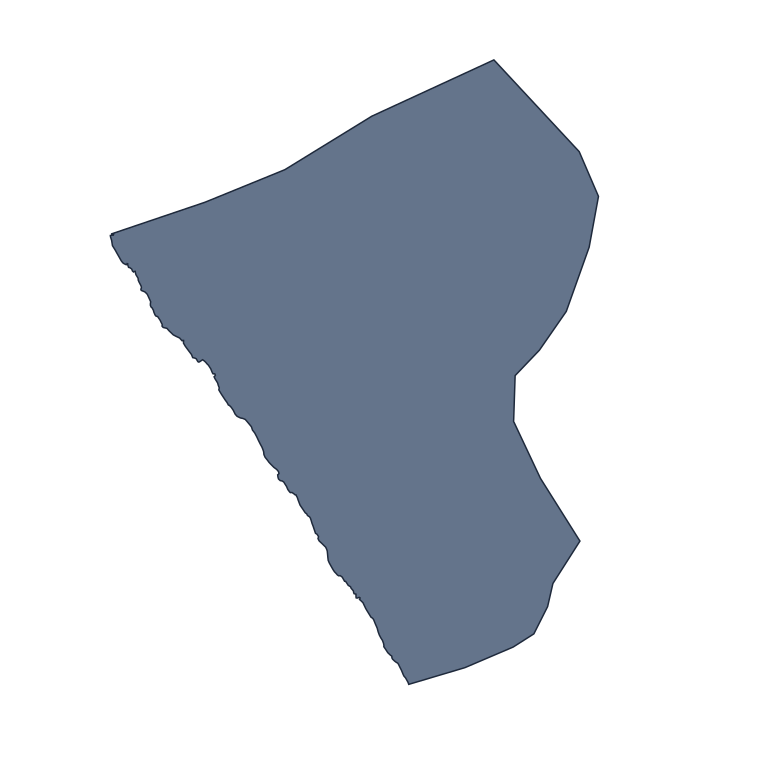 Qusir, Al Bahr al Ahmar, Egypt (Equal Earth projection), rotated 170°
{"feature_id": "37247803B34734253794751", "entity_name": "Qusir", "entity_type": "district", "adm_level": 2, "iso_a3": "EGY", "parent_name": "Egypt", "parent_adm1": "Al Bahr al Ahmar", "projection": "equal_earth", "projection_center": [34.284, 25.954], "detail": "fine", "context": "isolated", "style": "filled", "palette": "slate", "viewbox_px": 768, "rotation_deg": 170, "n_neighbors": 0, "source": "geoboundaries", "source_scale": "gbopen_adm2", "svg_char_len": 3427}
<svg xmlns="http://www.w3.org/2000/svg" viewBox="0 0 768 768"><g transform="rotate(170 384 384)"><path d="M626.7,579.1L625.5,578.8L624.3,578.4L624.7,577.6L626.8,577.8L627.7,577.8L627.8,576.4L627.3,572.7L627.4,567.4L625.5,562.7L624.3,559.2L623.0,555.6L621.4,551.0L620.2,548.7L619.2,547.7L618.6,547.2L618.1,547.0L617.2,546.2L616.5,546.6L616.1,547.2L615.5,546.9L615.7,545.9L615.3,543.2L614.1,542.7L612.5,541.0L612.1,538.9L611.2,537.8L610.5,538.2L609.4,538.1L609.5,536.8L609.3,534.7L607.8,530.8L608.0,528.9L607.5,526.8L606.3,523.1L606.1,521.6L606.3,520.6L607.0,519.6L606.8,518.3L603.6,516.3L602.0,514.2L601.4,513.0L600.8,510.6L600.2,508.3L599.5,505.5L600.2,503.4L600.4,501.9L600.0,500.2L599.2,499.3L598.3,496.6L598.2,494.9L597.8,493.1L597.5,491.8L596.8,490.5L595.2,489.7L593.3,485.4L592.9,483.8L592.2,481.5L592.1,480.5L592.6,479.7L591.8,478.2L591.4,477.9L588.1,476.5L586.5,473.8L583.0,469.0L580.3,466.9L577.3,464.8L575.9,462.5L575.3,461.6L574.6,461.9L573.8,461.7L574.1,460.2L574.4,459.1L573.1,455.6L570.4,450.2L568.5,446.5L567.8,443.2L565.7,442.3L564.5,441.4L563.9,439.6L563.4,438.3L562.5,437.7L561.3,438.1L558.4,439.4L556.9,437.8L555.9,436.5L554.5,434.1L553.7,433.1L552.9,431.2L552.0,429.1L551.4,426.2L551.0,424.6L550.5,423.6L549.7,423.7L548.8,423.2L548.6,421.9L549.5,420.9L550.1,420.6L549.5,418.5L547.7,414.0L547.4,411.1L546.9,408.9L547.7,406.9L546.9,404.7L545.8,401.9L542.9,395.2L541.8,393.1L540.9,390.3L540.0,389.8L538.5,387.6L537.0,384.3L535.8,380.1L534.3,377.7L531.3,375.5L529.0,374.6L526.8,373.2L525.4,370.9L523.4,367.4L522.0,364.9L521.5,361.4L519.8,358.2L518.3,353.5L517.5,350.4L516.3,346.4L515.1,342.8L514.6,340.3L514.3,338.2L514.5,335.3L513.8,332.4L512.0,329.2L510.9,326.9L509.4,324.6L506.9,321.0L504.5,318.5L503.7,317.1L503.1,315.9L503.0,314.0L503.8,313.4L504.5,313.0L504.6,310.6L504.4,308.8L503.0,306.9L501.0,306.1L499.7,304.8L498.9,302.7L497.8,300.1L497.0,296.7L495.7,294.1L495.1,293.3L493.4,293.1L491.9,291.6L490.7,290.2L489.9,290.1L489.6,288.7L489.1,287.4L488.7,284.5L488.2,281.9L487.7,279.3L486.4,276.4L483.9,270.8L482.7,269.6L482.2,267.9L481.5,267.1L480.5,266.3L479.8,264.8L479.4,262.1L479.1,259.3L478.5,256.3L477.4,248.9L476.0,247.6L475.0,245.2L475.4,244.0L475.8,243.5L475.7,242.6L475.1,240.7L472.9,237.8L470.7,234.7L469.8,233.5L469.2,231.3L468.9,229.5L469.1,226.6L469.4,223.1L469.6,220.0L469.0,217.4L467.8,213.9L466.4,210.0L465.4,207.7L464.1,205.8L463.1,204.1L462.2,203.2L461.7,202.9L460.4,202.9L458.7,201.1L458.0,199.2L457.1,196.6L456.1,196.3L455.1,194.1L454.2,191.9L452.2,190.2L451.8,188.4L451.2,187.5L450.1,185.6L450.1,184.0L449.9,182.7L448.1,181.9L448.6,178.9L448.5,178.1L447.1,177.8L445.5,178.2L444.7,177.5L445.1,176.5L445.5,176.0L444.6,174.9L442.7,172.3L441.5,167.9L441.0,166.1L440.1,163.7L438.6,159.9L437.3,156.6L436.3,155.7L435.7,155.0L435.1,153.6L434.2,149.3L433.1,144.8L432.8,141.0L432.2,137.6L431.1,134.2L430.1,131.9L429.5,128.7L429.5,126.4L429.8,125.3L428.6,122.7L426.9,118.7L424.6,115.6L423.7,114.9L423.6,113.7L423.8,113.0L423.3,111.5L421.6,109.2L420.1,107.6L419.0,106.8L418.4,105.4L417.5,102.2L416.6,99.3L415.8,95.7L415.6,94.7L415.1,92.9L413.8,90.8L412.1,85.9L411.8,83.9L353.6,90.6L302.5,102.5L279.8,111.9L261.5,136.4L252.3,158.2L218.3,195.3L219.6,198.4L246.3,263.9L262.4,323.0L262.9,324.6L262.4,326.7L253.4,369.5L225.1,390.3L191.9,423.8L158.2,483.1L140.2,531.5L151.4,578.9L219.5,684.1L349.4,649.9L444.4,612.3L528.7,594.1L626.7,579.1Z" fill="#64748b" stroke="#1e293b" stroke-width="1.5"/></g></svg>